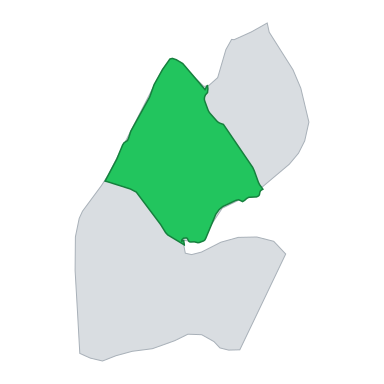 Tadjourah highlighted on a map of Djibouti
{"feature_id": "DJI-1571", "entity_name": "Tadjourah", "entity_type": "Region", "adm_level": 1, "iso_a3": "DJI", "parent_name": "Djibouti", "parent_adm1": "", "projection": "equal_earth", "projection_center": [42.622, 12.035], "detail": "fine", "context": "in_parent", "style": "filled", "palette": "green", "viewbox_px": 384, "rotation_deg": 0, "n_neighbors": 0, "source": "natural_earth", "source_scale": "10m", "svg_char_len": 1738}
<svg xmlns="http://www.w3.org/2000/svg" viewBox="0 0 384 384"><path d="M285.7,254.0L273.4,279.7L257.7,312.5L239.8,349.8L228.6,350.1L219.9,347.9L214.0,341.6L201.7,334.7L187.9,334.2L174.7,340.7L152.4,348.7L132.2,351.3L116.0,355.7L102.5,361.0L90.3,358.1L79.8,353.4L77.6,313.7L75.1,270.6L75.4,236.9L79.2,218.4L82.5,211.2L101.5,185.5L108.1,175.1L129.9,132.7L148.5,96.4L162.5,69.3L166.7,63.9L172.6,58.8L176.8,60.3L203.8,86.4L208.6,85.7L217.7,77.6L225.9,49.6L231.6,39.4L234.1,39.7L251.4,31.9L267.2,23.0L269.2,32.2L293.0,69.8L300.8,88.2L308.9,122.1L304.7,140.9L298.5,153.2L289.3,164.2L257.5,191.0L222.2,208.2L199.6,242.5L182.8,240.2L185.3,253.2L191.6,254.6L201.4,252.1L220.9,242.2L238.2,237.4L256.8,237.0L273.7,241.3L285.7,254.0Z" fill="#d9dde1" stroke="#a8b0b8" stroke-width="1"/><path d="M105.1,181.1L116.8,159.1L122.6,145.0L124.1,142.7L127.5,140.5L128.6,138.1L130.8,131.2L149.7,97.0L154.1,84.6L162.6,69.4L169.9,59.0L172.4,58.4L176.3,59.7L182.8,63.6L205.0,89.6L206.9,86.0L207.5,85.7L207.9,88.8L207.5,92.6L205.6,94.7L205.1,95.7L204.6,96.9L204.4,98.3L204.4,99.8L204.8,101.2L208.1,110.2L208.8,111.6L209.9,113.2L217.0,121.2L218.3,122.3L219.7,123.1L223.4,124.4L252.7,167.4L254.3,170.9L258.4,182.3L259.6,184.7L262.9,189.2L261.5,190.0L260.5,190.8L259.9,192.1L259.4,194.8L258.6,195.9L256.6,196.9L248.8,197.3L246.8,198.4L244.7,200.3L242.6,201.6L238.7,199.7L236.0,200.3L222.8,206.5L219.1,209.6L215.8,214.2L205.8,238.2L204.9,239.9L203.6,240.9L199.1,242.6L197.8,242.7L194.4,241.8L190.7,242.0L189.5,241.8L188.7,241.1L187.4,238.6L186.6,237.9L183.5,238.2L181.8,239.8L181.8,241.1L183.7,240.5L184.3,244.7L184.3,244.9L167.7,234.9L165.6,232.6L160.6,224.5L136.3,192.1L130.4,189.0L107.4,181.7L105.1,181.1Z" fill="#22c55e" stroke="#15803d" stroke-width="1.5"/></svg>